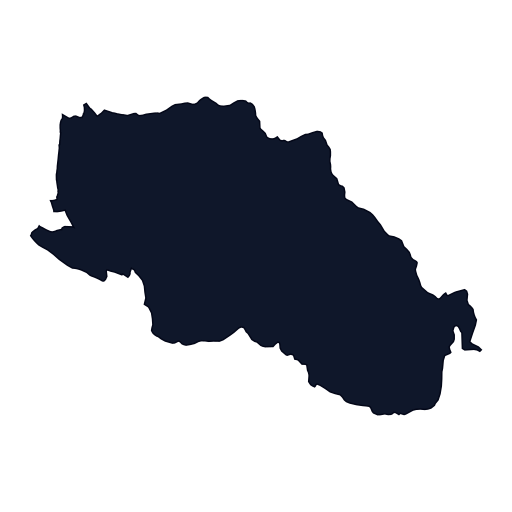 Turnu Ruieni, Caras-Severin, Romania (Albers equal-area conic projection)
{"feature_id": "2599482B88059248818528", "entity_name": "Turnu Ruieni", "entity_type": "district", "adm_level": 2, "iso_a3": "ROU", "parent_name": "Romania", "parent_adm1": "Caras-Severin", "projection": "albers", "projection_center": [22.358, 45.376], "detail": "fine", "context": "isolated", "style": "filled", "palette": "ink", "viewbox_px": 512, "rotation_deg": 0, "n_neighbors": 0, "source": "geoboundaries", "source_scale": "gbopen_adm2", "svg_char_len": 5962}
<svg xmlns="http://www.w3.org/2000/svg" viewBox="0 0 512 512"><path d="M435.2,403.4L438.0,400.0L440.0,393.9L441.3,386.1L441.7,379.0L441.8,371.8L442.5,368.2L443.2,360.3L444.7,355.5L449.4,353.5L450.2,353.0L450.8,352.3L449.7,349.7L449.1,347.0L449.9,345.5L453.4,341.6L454.2,339.1L454.2,334.9L452.8,330.8L453.8,327.2L454.9,326.0L456.5,325.5L458.3,326.4L459.6,328.7L460.7,331.3L461.9,332.6L462.4,348.4L464.8,349.9L473.9,349.3L477.2,349.9L479.8,351.3L481.3,349.8L478.4,347.0L472.2,344.0L469.7,341.7L472.4,333.4L475.3,325.2L476.4,319.9L475.1,317.5L474.1,314.9L473.4,312.2L473.0,309.4L472.0,308.0L470.9,306.8L469.7,305.6L468.3,304.6L466.9,300.3L467.5,294.2L466.6,291.2L464.6,289.7L456.4,291.9L454.7,292.5L448.1,295.7L446.9,295.3L445.7,293.1L444.5,293.9L443.4,294.8L440.4,298.2L438.9,299.2L436.9,298.5L435.2,296.7L433.2,295.2L432.0,294.6L429.5,293.6L427.4,292.6L421.5,287.4L420.6,285.6L419.8,282.7L418.8,279.8L417.8,277.6L416.7,275.4L415.5,271.1L415.3,269.2L416.4,266.1L417.1,262.8L416.5,261.7L414.8,260.6L413.0,259.7L410.9,257.4L410.2,254.8L409.2,252.3L406.7,249.4L403.8,246.7L401.5,240.8L398.8,238.9L394.0,236.9L389.2,236.0L387.7,234.9L384.2,231.3L380.4,224.9L377.5,221.4L374.9,217.7L372.6,214.9L369.9,212.5L363.7,209.3L358.1,207.9L355.8,206.1L351.8,202.1L346.7,199.7L345.6,198.9L344.7,197.8L344.6,196.9L344.5,195.1L344.8,192.1L344.0,187.9L342.4,186.3L340.7,185.9L338.5,184.6L336.8,178.8L332.7,175.1L331.6,173.5L330.9,171.6L330.5,169.0L330.6,166.9L330.5,164.8L329.8,161.3L329.9,158.6L330.4,155.5L330.4,154.3L330.4,151.8L330.1,149.4L328.7,147.1L327.0,145.1L325.4,140.4L323.3,137.7L322.5,135.5L322.1,133.1L320.3,131.9L317.1,131.4L312.6,132.7L308.1,134.3L305.4,134.5L301.2,136.5L297.3,138.8L288.0,142.2L286.4,141.6L285.0,140.7L283.9,140.4L282.1,140.9L280.0,140.3L277.3,136.9L276.0,137.8L275.3,138.2L273.8,138.8L272.2,139.0L269.9,138.8L268.4,138.2L266.7,137.1L265.2,133.4L263.0,131.2L260.7,129.2L259.9,127.9L259.6,121.3L257.4,118.6L256.4,117.1L255.6,115.5L255.5,113.3L255.2,111.1L254.8,108.9L254.2,106.8L252.4,104.4L250.4,103.1L248.2,103.2L246.7,102.2L245.7,101.1L242.7,100.6L240.7,100.6L237.7,100.9L233.8,103.0L230.1,105.4L223.8,106.3L220.7,106.1L219.2,105.7L218.4,105.3L217.6,104.8L216.1,103.4L211.3,100.5L209.4,99.1L207.8,97.5L206.8,97.4L205.8,97.3L204.2,97.5L203.1,98.1L200.8,99.6L199.6,100.6L198.5,101.8L197.5,103.0L194.8,104.3L192.4,104.4L187.7,103.0L184.5,103.3L181.5,104.0L175.2,104.7L172.0,106.3L166.5,110.2L159.7,113.5L157.6,113.1L154.4,113.2L146.1,114.3L142.8,115.3L139.4,115.7L138.0,115.2L135.9,113.5L133.9,113.6L127.5,115.6L123.0,114.8L122.0,114.8L120.3,114.5L118.5,114.1L117.3,114.0L115.8,113.5L113.7,113.0L112.6,113.0L110.9,112.3L104.4,110.2L101.3,113.4L100.3,114.0L97.3,116.3L96.1,115.0L94.6,113.0L91.2,109.2L89.8,108.3L86.3,103.5L83.8,105.0L84.4,107.4L84.5,110.0L84.4,111.4L83.8,113.7L83.4,113.9L83.3,114.1L83.6,114.6L83.0,115.5L82.1,117.5L81.8,117.3L79.8,117.7L75.8,116.1L73.9,116.3L71.3,117.9L69.5,118.4L68.3,118.0L62.5,114.6L62.6,116.3L62.5,118.3L62.3,118.7L61.3,120.1L61.1,120.5L60.5,122.8L60.4,123.6L60.2,124.8L60.2,128.1L60.4,130.4L60.3,132.2L60.5,132.4L60.7,132.5L60.6,134.0L60.4,135.8L60.2,138.5L59.9,140.9L59.7,144.5L59.6,144.8L59.1,145.0L59.3,147.1L59.3,148.7L59.2,149.3L58.8,153.3L58.6,154.6L58.2,159.0L57.4,166.1L57.3,168.8L57.0,170.5L56.8,172.7L56.5,173.9L56.4,174.9L56.5,179.9L56.7,180.0L57.0,182.9L57.4,185.5L57.7,187.7L58.3,190.2L58.0,191.0L58.0,191.3L58.3,192.1L58.1,193.0L58.0,193.9L57.7,194.6L57.2,196.5L56.8,196.9L56.9,197.9L57.2,199.2L56.6,199.6L54.3,200.4L52.1,200.7L50.6,200.7L50.9,201.4L51.1,201.5L51.7,203.4L52.4,205.9L53.4,208.9L53.8,210.1L53.9,211.5L57.3,211.6L61.3,211.0L65.1,210.1L67.2,215.4L71.0,222.0L73.7,227.2L73.1,226.9L72.5,226.9L64.8,226.6L64.2,226.8L62.3,227.9L62.0,228.3L61.9,229.0L61.7,229.6L61.4,229.5L57.1,230.5L56.5,230.7L55.6,231.2L52.5,232.0L50.8,231.8L49.8,231.5L46.6,230.1L43.6,228.5L43.0,228.1L39.9,226.6L39.2,225.9L39.0,226.3L37.9,228.3L37.5,228.7L35.2,229.9L32.7,231.9L31.8,232.8L31.8,233.3L31.6,233.6L31.3,234.7L30.7,235.7L32.5,238.2L34.5,240.6L36.6,242.8L38.8,244.9L42.7,247.2L47.6,249.8L53.6,254.3L59.2,259.3L67.4,265.2L72.4,268.0L74.7,268.2L77.0,268.6L79.2,269.2L81.3,269.9L86.8,272.4L89.9,275.1L91.5,275.9L94.3,276.9L97.1,278.1L99.8,279.4L102.4,280.9L103.8,281.0L105.4,279.5L106.8,276.4L106.2,271.1L107.1,269.8L110.8,271.1L114.6,272.0L121.9,274.8L122.5,273.9L123.8,274.5L127.9,277.2L129.3,275.5L130.0,273.8L130.0,272.1L131.4,268.2L134.5,270.0L135.4,272.4L138.8,275.6L142.5,280.3L144.4,286.0L145.0,292.2L145.9,297.9L145.9,298.9L145.7,298.9L144.4,304.3L148.2,306.7L148.9,307.5L151.6,312.9L152.5,318.9L152.9,324.8L152.1,327.6L151.6,330.4L152.0,331.3L152.9,332.9L153.5,333.6L155.0,334.9L156.9,336.1L158.3,336.6L161.2,338.8L165.2,341.0L172.4,343.1L174.6,342.9L178.4,341.0L180.2,341.8L182.1,343.8L184.0,344.6L186.1,345.1L190.3,344.4L194.4,343.4L198.4,341.4L201.1,340.7L205.1,340.8L208.8,341.3L213.3,341.0L219.5,341.1L223.1,339.7L230.1,335.0L233.8,332.3L238.6,328.1L241.1,326.9L243.8,327.5L245.1,329.5L246.2,331.7L248.1,333.4L251.9,339.5L254.7,341.3L257.0,342.0L260.8,345.3L262.6,346.1L265.2,346.7L273.0,346.5L275.2,344.1L277.6,342.2L279.3,342.4L279.9,344.3L280.2,348.1L281.7,351.0L286.1,354.8L287.2,355.2L290.6,354.1L293.1,354.8L293.9,356.1L294.8,359.1L297.4,359.6L298.5,360.3L302.0,364.1L305.4,364.2L306.8,364.9L307.6,370.3L308.5,372.3L309.0,374.5L309.1,375.9L308.7,381.6L310.2,383.9L310.9,384.8L311.4,385.1L312.6,385.9L314.6,386.8L315.4,385.9L315.7,385.3L315.8,384.7L317.1,384.0L320.3,385.3L325.3,388.4L330.1,391.8L335.1,393.5L340.3,394.8L342.6,397.2L344.4,399.9L346.4,401.6L349.8,403.0L356.5,404.6L362.9,405.5L366.2,405.8L369.5,406.3L370.9,408.0L372.3,411.4L373.5,412.9L377.6,414.7L380.4,414.6L384.8,413.8L387.1,414.3L388.2,414.5L390.9,414.3L392.1,413.8L393.2,412.9L393.7,412.3L395.8,412.6L398.9,414.5L400.2,413.3L404.1,414.5L405.7,414.0L412.9,410.1L416.1,409.3L420.3,409.0L424.7,409.4L427.9,409.0L429.5,408.5L431.0,408.0L434.4,405.3L435.2,403.4Z" fill="#0f172a" stroke="#020617" stroke-width="1.5"/></svg>